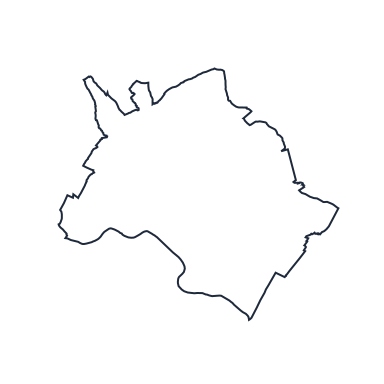 Bradesti, Dolj, Romania, rotated 345°
{"feature_id": "2599482B10867437215868", "entity_name": "Bradesti", "entity_type": "district", "adm_level": 2, "iso_a3": "ROU", "parent_name": "Romania", "parent_adm1": "Dolj", "projection": "mercator", "projection_center": [23.618, 44.508], "detail": "fine", "context": "isolated", "style": "outline", "palette": "slate", "viewbox_px": 384, "rotation_deg": 345, "n_neighbors": 0, "source": "geoboundaries", "source_scale": "gbopen_adm2", "svg_char_len": 5882}
<svg xmlns="http://www.w3.org/2000/svg" viewBox="0 0 384 384"><g transform="rotate(345 192 192)"><path d="M214.0,330.2L215.5,329.7L216.9,328.9L224.6,320.5L230.0,314.2L236.0,308.1L238.2,305.2L241.7,301.9L251.9,291.6L259.5,298.2L261.2,296.8L261.4,297.0L261.8,296.3L262.5,296.0L265.9,293.3L278.8,283.9L286.0,278.4L284.9,277.3L287.4,275.1L287.8,274.6L287.1,272.8L286.8,272.6L290.6,269.6L290.5,269.0L290.1,268.8L290.6,268.5L292.3,266.8L290.0,265.2L291.0,264.3L295.3,263.9L296.4,263.2L297.0,263.9L298.3,263.6L299.2,263.7L299.4,263.2L299.9,263.0L300.0,263.3L299.9,263.7L300.6,264.4L302.4,264.4L302.8,264.5L302.4,265.2L303.0,265.6L303.7,265.7L304.3,265.4L304.8,266.0L307.1,264.4L309.6,264.0L312.3,262.7L315.3,260.6L329.2,245.6L328.3,244.7L325.3,240.8L323.9,239.5L320.0,236.5L316.9,235.9L316.2,235.6L314.2,233.5L311.2,230.6L308.1,229.4L304.6,227.0L301.1,223.4L297.9,221.4L296.6,219.5L295.9,218.1L301.6,216.2L301.0,214.6L301.2,214.1L301.6,214.1L301.1,213.4L300.6,213.3L301.2,212.9L301.3,212.3L300.3,211.4L298.8,210.7L297.9,211.2L297.2,211.2L297.4,211.0L297.3,210.7L293.3,209.6L292.6,208.6L295.4,207.4L295.6,175.6L288.7,175.7L292.3,174.3L293.0,173.8L293.4,172.9L293.6,172.4L293.5,171.4L293.2,169.0L293.4,167.9L292.8,165.8L292.8,165.3L293.1,164.2L293.2,163.4L292.7,162.3L291.5,160.3L289.6,158.6L289.3,155.4L288.6,153.4L287.9,152.6L283.2,148.4L282.5,146.8L282.0,145.9L281.7,144.5L280.9,143.7L275.8,141.3L273.3,141.0L272.0,140.5L270.8,140.7L266.0,142.3L264.9,142.3L264.2,141.1L263.4,140.2L261.7,137.1L261.4,136.2L261.2,134.6L260.7,134.2L269.3,130.1L270.3,129.4L269.2,127.7L268.2,126.5L266.9,125.8L266.0,125.8L266.4,125.6L266.2,125.0L266.7,124.8L266.7,124.6L259.0,122.4L258.2,122.0L256.7,121.0L255.2,119.3L253.5,117.1L253.0,115.9L252.4,113.8L251.1,113.3L250.8,112.7L250.8,111.6L251.2,110.6L251.3,110.1L251.0,107.7L251.2,105.7L251.0,101.3L251.7,99.5L252.1,97.3L252.8,94.5L253.1,93.5L253.2,92.6L253.2,91.2L253.4,90.4L253.8,86.9L253.8,85.9L254.1,84.3L254.1,83.7L254.0,83.4L252.9,82.1L251.2,81.2L249.8,80.9L247.7,80.1L245.6,78.5L244.6,78.9L242.5,78.8L236.9,79.6L233.5,79.5L230.8,80.2L228.4,80.4L224.9,81.7L222.7,81.9L221.4,82.4L219.2,82.5L218.0,82.3L213.5,82.9L212.5,83.6L212.4,83.4L211.2,83.8L209.4,83.9L208.0,84.8L205.8,85.6L203.7,86.1L200.1,85.9L196.7,86.7L194.2,87.6L192.5,88.5L190.6,89.8L190.7,90.4L186.4,93.9L185.2,94.5L184.7,95.0L183.4,95.4L181.7,96.8L181.3,96.8L181.1,96.5L180.1,96.9L179.7,96.6L178.8,97.1L178.7,97.0L179.0,96.6L178.5,96.6L178.1,96.3L177.2,96.9L176.6,97.1L176.8,96.4L177.3,94.5L178.0,92.1L177.8,90.5L177.2,88.5L177.4,85.0L176.8,83.1L176.7,82.5L176.8,81.3L177.3,78.2L178.1,75.1L174.9,74.8L171.8,73.8L170.4,73.0L170.1,72.4L168.6,71.4L167.8,70.6L167.2,70.3L166.3,70.9L163.2,72.4L163.3,72.6L161.3,73.9L160.7,74.7L158.6,75.9L158.2,76.4L158.4,77.3L159.1,78.7L159.5,80.7L159.8,80.9L160.8,81.0L161.3,81.9L161.6,81.9L161.9,82.5L161.1,83.1L157.7,84.8L157.7,85.3L157.5,85.5L157.6,86.4L158.4,87.2L158.2,88.8L158.4,89.2L159.0,89.9L159.6,91.2L160.1,91.4L160.1,91.9L160.4,92.4L160.4,92.7L160.1,93.8L160.9,94.5L160.5,95.3L160.6,95.8L161.5,96.5L162.1,97.3L161.9,98.4L161.6,98.7L161.5,99.1L160.4,99.0L159.8,98.3L159.4,98.1L157.9,98.2L155.2,98.6L153.0,99.4L151.5,99.3L150.6,99.6L146.8,100.1L146.4,98.8L144.7,96.2L143.6,94.1L143.3,93.9L142.7,91.5L142.7,90.4L142.1,86.8L141.7,85.4L141.1,84.2L138.4,80.7L136.0,76.4L136.1,74.1L134.3,76.5L134.1,76.3L133.4,74.6L133.3,73.4L132.8,72.2L131.4,70.5L130.0,67.6L128.5,65.2L128.1,64.5L127.6,62.4L126.4,61.1L125.6,59.7L125.5,56.9L124.6,54.9L124.1,54.3L123.6,54.0L122.7,54.4L122.1,53.8L118.3,55.3L116.4,55.6L117.2,58.0L116.9,59.3L116.9,60.5L117.4,63.5L117.8,65.2L118.6,66.3L119.6,70.8L119.9,71.6L119.8,72.4L120.4,74.2L120.4,75.5L120.8,77.1L121.3,78.2L121.4,79.5L121.4,81.4L121.0,82.4L121.2,82.8L121.1,83.4L121.3,84.1L120.7,84.5L120.1,89.1L119.2,90.0L119.0,90.7L119.0,91.8L118.7,93.5L117.7,96.2L117.8,97.7L118.5,97.9L118.7,98.1L118.8,99.8L118.9,102.2L119.2,103.5L118.6,105.1L118.6,105.8L118.9,106.4L119.3,106.5L120.1,107.9L120.2,109.0L120.9,109.5L121.1,111.4L121.6,112.0L121.5,112.5L121.5,113.8L123.2,115.3L123.5,115.2L123.8,115.7L124.1,115.7L124.1,116.2L124.4,116.4L123.9,117.1L118.9,116.6L118.7,117.5L117.7,117.5L117.0,117.8L116.9,117.9L117.0,118.3L111.3,122.2L112.3,123.5L112.2,124.2L110.4,124.8L110.2,124.7L108.0,125.1L105.7,127.0L104.9,128.4L100.0,132.6L100.4,132.5L100.0,133.2L99.5,133.3L97.0,135.0L96.4,135.9L94.9,137.1L93.8,138.4L93.7,138.5L96.2,140.8L100.6,144.4L102.3,145.4L101.9,146.0L102.5,147.9L100.9,148.2L99.8,148.8L99.4,148.7L98.1,149.2L96.1,150.5L95.0,151.9L93.3,153.2L93.1,153.5L93.1,154.0L93.0,154.6L92.6,154.7L92.3,155.3L91.8,155.8L91.6,156.3L90.8,157.0L90.3,157.9L84.4,164.3L81.8,166.7L80.5,168.3L76.8,163.5L75.5,166.7L70.8,162.9L65.4,169.6L60.0,175.2L60.7,177.1L60.7,178.0L60.5,179.9L59.5,183.6L59.2,184.3L57.3,187.1L56.1,188.4L54.8,188.7L54.8,189.4L55.0,190.4L55.7,192.1L57.6,194.8L58.6,197.0L60.1,199.7L59.7,200.6L60.1,201.7L57.8,203.8L59.7,204.6L62.5,207.0L69.2,210.7L70.8,212.4L72.2,213.5L73.1,214.0L74.2,214.3L76.7,214.5L82.2,214.5L83.5,214.2L85.7,214.0L89.0,213.2L90.1,212.7L92.2,211.5L94.4,209.6L96.5,208.1L97.6,207.6L102.3,206.0L103.7,206.0L104.8,206.4L107.5,208.2L110.9,211.3L112.0,212.9L113.5,214.0L113.6,214.7L113.9,215.3L115.4,216.9L118.8,219.4L121.3,220.4L123.4,220.9L125.0,220.9L127.9,220.2L131.2,219.3L133.5,218.4L135.7,217.9L137.9,218.0L138.9,218.4L142.5,222.0L143.5,223.2L144.6,224.2L145.6,225.6L146.3,226.3L157.9,245.4L162.1,251.3L163.5,254.1L164.9,257.9L165.5,261.8L165.2,264.2L163.5,267.1L161.4,268.6L157.5,270.7L157.0,271.2L156.2,272.3L155.2,274.8L154.8,276.4L154.7,279.5L156.8,283.5L158.7,285.8L161.9,288.0L168.0,290.4L170.9,290.9L176.0,292.4L178.7,294.5L180.0,295.0L181.9,296.4L184.5,297.8L189.9,298.8L191.9,299.2L193.4,299.8L200.0,306.5L201.5,308.6L202.3,309.5L203.5,311.9L208.3,319.0L210.0,321.2L212.5,323.6L213.8,325.9L214.2,327.3L214.1,329.6L214.0,330.2Z" fill="none" stroke="#1e293b" stroke-width="2"/></g></svg>